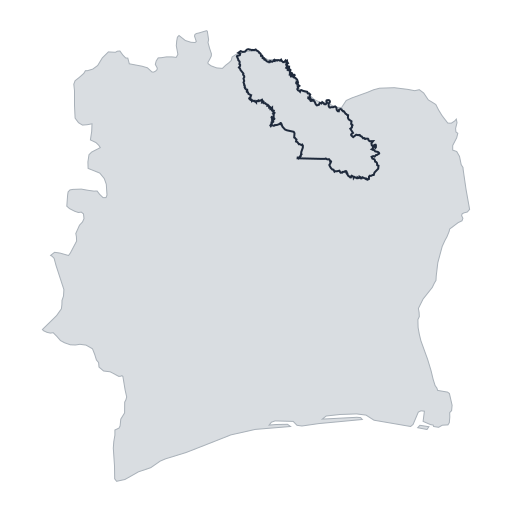 Tchologo, Savanes, Ivory Coast (highlighted)
{"feature_id": "98640826B18937667882346", "entity_name": "Tchologo", "entity_type": "district", "adm_level": 2, "iso_a3": "CIV", "parent_name": "Ivory Coast", "parent_adm1": "Savanes", "projection": "mercator", "projection_center": [-4.919, 9.548], "detail": "fine", "context": "in_parent", "style": "outline", "palette": "slate", "viewbox_px": 512, "rotation_deg": 0, "n_neighbors": 0, "source": "geoboundaries", "source_scale": "gbopen_adm2", "svg_char_len": 9370}
<svg xmlns="http://www.w3.org/2000/svg" viewBox="0 0 512 512"><path d="M85.4,70.7L87.4,70.7L92.8,69.1L97.7,65.5L102.3,57.9L108.4,51.9L115.4,52.3L117.4,51.2L119.9,51.0L122.8,55.0L125.7,58.0L127.8,58.1L129.3,63.8L142.0,66.2L147.4,67.8L152.0,72.0L153.6,72.1L155.5,71.2L157.0,69.7L157.3,68.1L155.3,64.4L156.2,61.0L158.2,57.9L161.5,57.7L166.4,56.9L172.0,56.9L176.2,57.4L177.9,54.4L176.3,45.8L176.7,41.1L177.4,37.2L179.0,35.5L185.3,40.5L191.0,42.3L195.1,42.5L196.3,41.5L194.5,36.1L195.0,34.4L196.5,33.5L199.2,32.9L206.5,30.7L207.3,31.2L208.6,39.7L208.0,42.5L209.6,48.4L211.4,53.8L211.3,56.0L209.7,59.3L207.9,62.4L208.1,63.7L211.0,65.8L216.6,67.9L222.4,68.4L225.6,65.3L229.0,62.7L231.3,60.4L232.1,57.0L235.7,54.6L246.2,51.4L255.9,51.0L258.2,52.0L262.5,56.7L268.1,59.9L276.5,59.5L282.6,61.5L287.9,65.1L291.4,73.2L295.3,79.0L297.0,87.3L303.1,91.6L307.9,93.6L314.3,99.6L321.1,102.7L328.0,101.9L331.3,105.1L336.5,107.3L341.6,107.5L346.2,100.5L352.2,97.8L367.5,92.3L373.5,89.8L379.6,88.2L394.3,87.7L407.9,89.4L414.7,90.7L419.3,89.7L423.7,93.0L428.3,99.9L432.0,102.1L435.8,104.5L438.6,110.0L441.9,115.4L443.7,117.8L447.8,123.1L451.3,123.2L454.8,120.9L456.3,119.1L457.0,122.7L455.6,128.4L455.9,131.9L457.8,133.3L456.7,137.8L452.7,145.5L452.7,150.1L456.7,151.5L459.5,156.4L461.2,164.7L463.0,167.5L463.1,169.2L466.0,189.2L469.6,209.4L467.3,212.0L464.2,212.8L462.2,213.7L461.6,215.6L462.9,218.3L462.0,220.8L458.2,222.6L449.7,229.0L449.1,231.5L446.9,236.9L445.0,240.3L442.2,246.4L437.8,262.7L436.2,276.2L436.0,280.3L434.3,283.2L432.3,287.4L423.1,299.0L418.4,308.4L419.1,312.5L419.3,316.6L417.9,319.6L418.1,327.6L419.3,334.2L420.9,340.8L427.6,359.3L431.0,370.5L433.2,379.6L435.1,385.6L436.9,388.1L437.6,390.4L447.5,392.1L449.4,393.5L452.1,405.3L451.6,410.6L449.7,412.6L449.8,417.1L449.3,422.7L447.9,424.9L442.3,425.2L438.6,427.3L433.6,426.5L433.2,425.1L430.5,424.6L423.1,421.4L424.4,411.2L421.0,410.8L418.3,412.1L413.1,424.4L410.6,426.5L374.0,420.2L366.0,415.1L356.5,413.9L339.9,414.5L326.2,416.0L322.3,419.1L356.8,417.3L360.6,417.6L362.3,419.5L318.6,423.6L301.9,426.0L297.0,425.3L293.2,421.4L275.1,420.9L271.4,422.2L269.1,425.1L276.2,424.5L287.5,424.3L290.5,426.5L255.3,429.4L230.8,434.9L220.5,439.0L186.4,452.4L165.6,458.8L160.2,461.1L150.7,467.7L138.5,471.8L124.9,479.5L116.6,481.3L114.7,478.8L114.5,465.8L113.3,448.2L113.8,441.5L114.9,435.2L114.9,430.0L119.0,428.1L120.1,425.9L120.8,419.1L124.6,412.9L124.7,402.1L125.9,399.8L126.7,397.0L125.1,389.9L122.9,376.5L121.9,375.6L120.9,376.2L118.8,376.4L110.2,371.8L103.6,371.0L99.0,367.1L98.6,362.6L96.4,359.9L94.8,354.7L92.5,348.8L86.0,345.1L79.9,344.3L75.5,345.0L70.4,344.8L64.6,342.8L60.5,340.6L56.7,336.2L53.2,332.7L50.4,333.1L46.9,332.3L43.5,330.7L42.4,329.5L56.6,315.6L61.4,308.8L61.9,304.7L62.0,300.4L63.5,296.1L63.9,289.6L56.1,265.7L54.1,258.3L52.0,256.2L50.6,255.4L54.6,252.3L60.1,253.1L68.5,255.5L70.3,253.1L76.6,241.1L76.4,236.6L75.8,233.5L79.5,225.2L82.5,222.0L84.0,218.6L83.5,213.9L81.3,212.1L78.4,212.5L74.8,211.3L69.5,208.6L66.8,206.2L67.6,195.3L68.1,191.9L70.0,189.9L72.9,189.4L81.3,189.1L88.0,190.3L93.9,191.1L97.1,191.0L99.6,194.3L103.0,197.6L106.0,197.6L107.0,195.1L106.3,184.3L104.3,178.6L99.8,173.1L88.1,168.4L87.9,161.9L89.0,154.7L91.6,152.1L100.3,147.6L98.7,145.2L96.0,142.6L90.4,139.9L91.7,131.4L92.0,123.8L87.3,124.7L82.5,125.1L78.5,122.7L75.1,118.1L74.5,105.4L74.5,90.7L73.8,84.2L75.1,80.7L79.2,77.5L83.8,73.4L85.4,70.7ZM428.9,426.7L427.0,429.5L417.7,427.7L419.9,425.3L428.9,426.7Z" fill="#d9dde1" stroke="#a8b0b8" stroke-width="1"/><path d="M343.4,111.1L343.1,111.3L341.9,110.2L341.6,109.4L340.6,109.0L339.1,109.6L338.8,111.3L337.7,111.2L336.7,109.8L336.4,107.5L335.1,106.4L333.3,107.2L331.0,107.2L330.1,107.6L329.4,107.4L328.7,106.2L328.6,103.8L328.8,103.3L329.7,102.4L329.9,101.6L329.6,100.7L328.8,100.1L327.0,100.2L326.5,100.5L326.4,101.3L327.0,102.6L325.7,104.3L324.3,104.2L323.5,103.1L322.2,102.1L321.4,103.5L319.9,102.8L319.5,103.2L319.0,104.7L316.9,105.4L315.8,104.4L314.8,102.0L313.9,101.0L313.6,100.2L311.8,99.7L311.3,100.1L311.6,100.9L310.8,101.0L310.5,100.7L310.5,100.0L309.7,99.5L309.5,98.7L308.6,98.6L308.2,98.2L308.3,97.5L309.9,98.1L310.3,98.0L309.8,96.9L309.7,95.4L310.2,94.5L309.1,93.4L307.8,93.4L307.2,91.8L303.2,90.9L301.4,90.1L300.4,90.5L300.0,91.7L299.3,90.9L298.0,90.3L297.3,89.2L297.5,88.5L298.2,87.9L297.8,86.3L298.9,86.3L299.4,85.9L298.3,85.0L298.0,84.1L296.9,83.8L296.3,83.4L296.2,82.8L296.7,81.8L296.9,81.8L297.6,82.6L298.0,82.3L297.1,79.6L295.4,77.9L293.8,77.4L293.7,76.7L294.7,75.2L294.5,74.9L293.0,75.6L292.2,76.5L291.5,76.3L290.9,76.4L290.8,75.9L291.7,75.5L292.1,74.9L290.9,75.0L289.7,74.7L289.9,73.7L290.7,73.5L291.6,74.1L292.0,74.0L292.1,73.4L291.8,73.0L289.9,72.5L289.9,71.5L290.5,70.0L290.3,69.7L289.8,69.5L288.2,70.3L287.6,69.9L287.8,69.5L288.6,69.4L289.0,69.0L289.1,66.7L288.6,66.7L286.7,68.0L286.2,67.8L287.3,65.7L287.1,65.3L286.3,65.0L286.2,64.4L288.0,63.2L287.6,62.6L286.7,62.7L286.4,62.4L287.1,61.2L287.0,60.6L286.2,61.1L285.6,60.4L284.5,61.8L283.2,62.2L282.0,61.1L280.8,60.6L281.3,60.0L281.1,59.6L279.8,60.6L278.8,60.1L277.8,60.1L277.1,60.6L276.3,60.2L275.6,60.5L274.5,59.7L274.0,60.1L274.2,61.0L273.5,60.9L272.1,61.8L270.2,61.0L269.8,62.2L269.1,62.3L268.7,61.6L267.5,61.7L266.3,60.9L265.4,59.5L264.7,59.8L264.3,59.6L263.9,58.2L263.1,58.3L262.5,57.9L262.7,57.0L262.4,56.1L262.0,55.6L261.1,55.9L260.6,53.7L259.6,52.8L259.1,52.7L259.0,52.1L258.0,51.2L256.4,50.3L255.7,49.5L254.2,50.1L252.6,49.9L251.8,50.2L250.7,49.7L249.5,49.7L248.8,49.2L247.4,49.4L246.7,49.8L244.9,51.7L242.5,51.9L240.7,51.1L238.3,52.8L240.2,53.6L239.8,55.2L237.2,55.9L236.9,56.4L238.3,59.5L238.3,60.2L239.5,61.4L239.7,62.0L239.4,64.1L240.1,64.7L240.1,65.9L238.9,67.5L240.0,68.5L240.5,70.0L243.4,73.5L243.1,74.7L244.1,75.9L244.3,77.0L243.5,78.5L244.2,81.0L243.5,82.4L244.2,84.1L244.1,85.0L244.7,85.4L244.7,86.7L245.0,87.2L244.7,87.4L245.1,88.4L245.9,89.3L247.2,89.7L247.3,90.3L246.8,91.2L246.8,91.7L247.3,92.2L248.0,92.3L248.4,93.8L250.9,95.1L250.6,95.4L250.9,95.9L250.5,97.1L249.6,97.7L249.2,98.6L249.6,99.0L250.2,98.8L250.1,99.5L250.4,99.8L251.0,99.4L251.5,99.6L251.9,101.1L252.6,100.5L254.6,101.4L254.7,100.8L255.6,100.6L255.1,100.9L255.1,101.2L256.1,102.3L256.1,101.4L255.7,101.0L256.4,101.3L256.9,101.0L257.3,101.2L258.2,100.5L258.4,100.8L258.1,101.0L258.7,101.2L259.1,100.5L260.0,100.8L262.0,99.7L262.4,100.7L262.2,101.3L262.6,101.6L262.9,101.2L263.4,101.5L263.2,101.8L262.2,101.8L262.0,102.6L263.4,102.5L264.0,103.3L265.4,103.2L266.1,104.2L267.6,104.7L267.4,105.8L268.7,105.7L269.2,106.4L269.1,107.7L269.9,107.8L270.3,107.2L270.7,107.5L270.5,109.0L270.9,108.9L272.1,107.7L272.1,108.0L271.5,108.7L271.5,109.4L272.5,109.6L272.5,110.0L272.3,109.8L272.0,110.4L272.4,110.9L273.7,110.9L273.4,111.8L274.3,112.7L273.3,113.3L274.0,113.8L273.4,114.7L273.7,115.3L273.6,116.9L273.0,117.5L271.7,117.0L271.5,117.5L272.4,119.1L273.7,118.3L274.2,118.4L274.4,118.8L274.2,119.2L273.2,119.2L272.0,120.0L272.1,120.3L273.0,120.5L273.3,121.7L272.7,122.2L271.8,122.1L271.5,122.3L271.8,123.5L271.1,124.2L271.4,124.5L270.4,125.5L270.8,126.1L271.2,125.5L272.3,125.3L273.9,125.8L275.0,125.0L275.3,125.2L277.5,124.8L279.4,124.0L280.1,124.2L280.5,123.0L280.8,123.0L281.5,124.0L282.4,126.6L285.0,129.5L286.9,130.3L293.7,131.8L294.5,133.2L294.2,137.5L295.1,138.0L295.8,139.0L296.5,139.5L296.0,141.5L297.4,142.1L298.9,144.2L299.4,144.0L301.6,145.1L302.2,144.6L302.9,145.7L302.8,147.7L301.3,151.9L301.1,153.8L301.5,154.2L300.9,154.8L300.8,156.0L300.0,156.3L299.8,156.8L299.9,157.1L299.3,157.3L298.6,158.1L298.4,157.5L297.7,157.5L297.6,158.3L322.3,158.9L324.8,158.9L325.8,158.5L326.3,159.0L327.6,159.4L329.0,159.2L330.0,160.5L330.2,161.6L331.0,161.4L331.1,161.6L330.1,163.8L329.4,164.7L329.4,165.3L330.8,167.9L332.3,169.5L333.5,169.7L334.5,171.7L335.2,171.2L336.8,171.3L339.4,170.7L340.3,172.4L340.9,172.8L341.4,172.5L342.3,172.6L342.7,171.9L344.4,171.8L345.1,171.2L345.6,171.6L346.1,171.2L346.5,171.5L346.3,172.3L346.9,172.8L346.9,173.2L346.6,173.3L346.8,173.7L347.4,173.7L347.7,175.0L348.5,176.1L349.4,176.5L350.2,177.4L350.9,177.4L351.2,176.4L351.7,176.4L351.4,176.0L351.7,175.7L353.6,176.9L353.7,177.8L354.3,176.9L357.0,178.3L357.4,178.2L357.5,177.4L358.4,178.0L359.0,177.5L359.8,177.9L359.7,176.8L360.6,177.3L360.8,177.8L361.4,177.7L361.8,178.2L362.5,177.3L364.8,178.4L366.0,178.4L366.3,178.6L366.2,179.2L366.7,179.4L367.0,179.5L367.0,179.1L368.0,179.4L368.6,178.6L368.9,178.7L369.0,176.6L369.8,175.7L370.9,175.9L372.7,175.0L374.5,175.0L373.8,174.7L374.5,172.5L378.2,168.7L378.5,165.7L377.2,165.2L377.0,163.1L376.3,162.1L375.1,161.6L374.9,160.2L374.4,159.3L372.4,158.6L371.6,156.8L373.2,156.1L374.6,156.6L375.9,155.1L376.9,155.0L377.7,154.4L378.9,153.8L379.2,153.3L378.9,152.7L377.8,151.9L375.2,151.4L373.8,149.7L373.0,149.9L371.8,149.3L372.9,148.6L372.9,147.0L373.4,146.3L373.9,146.1L374.4,146.4L375.4,147.9L375.9,147.2L375.9,145.2L375.6,144.7L374.4,144.9L374.1,145.5L373.6,145.7L372.8,145.8L371.8,145.4L371.4,143.2L373.1,141.1L369.6,141.2L368.5,140.1L368.3,139.1L367.9,138.7L365.8,138.7L365.3,139.0L364.9,138.9L364.8,138.4L364.1,138.0L363.1,138.3L361.6,136.4L360.4,136.1L359.9,135.1L359.1,134.9L358.2,135.2L356.2,134.7L353.2,137.1L351.3,135.4L351.1,134.8L351.4,134.1L353.0,132.9L350.3,128.7L351.9,127.5L351.9,126.2L352.5,125.5L352.3,124.7L351.5,124.5L351.1,123.9L351.5,121.3L348.7,119.4L347.9,117.7L348.1,115.2L347.0,114.9L346.4,114.1L345.6,113.8L344.0,111.4L343.4,111.1Z" fill="none" stroke="#1e293b" stroke-width="2"/></svg>